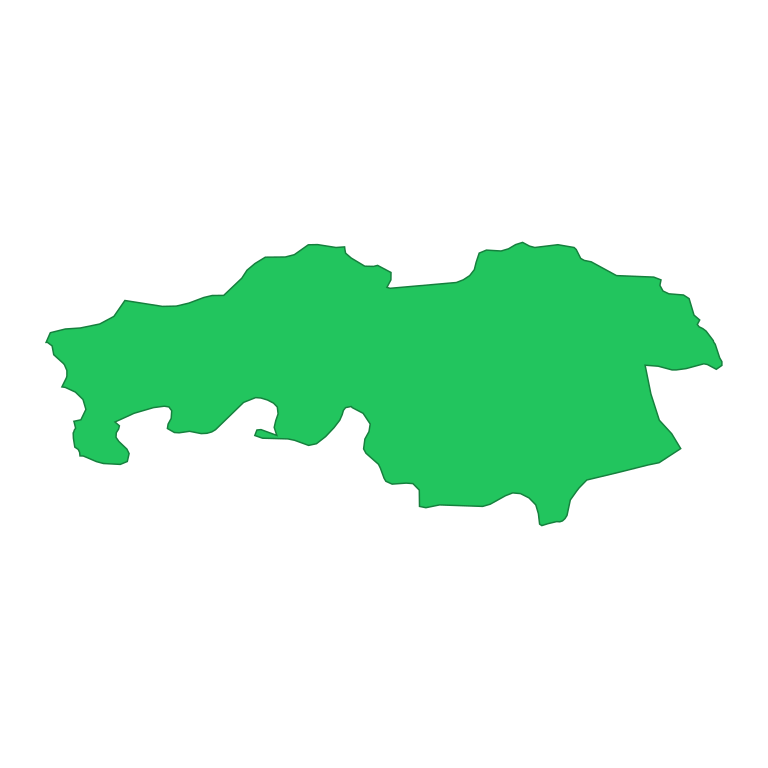 the Province of Noord-Brabant
{"feature_id": "NLD-3483", "entity_name": "Noord-Brabant", "entity_type": "Province", "adm_level": 1, "iso_a3": "NLD", "parent_name": "Netherlands", "parent_adm1": "", "projection": "robinson", "projection_center": [5.036, 51.526], "detail": "fine", "context": "isolated", "style": "filled", "palette": "green", "viewbox_px": 768, "rotation_deg": 0, "n_neighbors": 0, "source": "natural_earth", "source_scale": "10m", "svg_char_len": 2616}
<svg xmlns="http://www.w3.org/2000/svg" viewBox="0 0 768 768"><path d="M276.8,435.4L274.2,427.4L275.8,420.5L278.1,413.9L277.3,407.0L273.5,403.1L267.5,400.0L260.9,398.0L255.6,397.6L243.6,402.4L215.5,429.7L211.8,431.9L206.9,433.3L201.2,433.6L189.6,431.3L179.2,432.8L174.4,432.5L167.4,428.5L168.1,424.1L171.2,418.4L171.7,410.7L168.9,406.9L164.3,406.2L153.5,407.6L134.0,413.3L115.0,422.0L119.4,425.8L118.6,429.1L116.3,432.7L116.0,437.3L118.8,441.4L126.9,449.1L129.1,453.6L127.3,461.5L120.3,464.4L103.4,463.5L96.4,461.6L83.3,456.0L80.0,455.9L80.0,455.7L79.6,452.3L78.2,449.4L74.8,447.1L73.4,438.2L73.2,433.0L73.9,431.6L74.3,430.1L75.6,428.2L74.0,421.5L73.9,421.3L80.9,419.8L85.9,409.4L83.0,399.5L75.4,392.1L65.3,387.4L61.9,386.9L66.4,377.8L66.9,376.0L66.9,370.5L64.4,364.7L63.3,363.4L53.8,354.8L53.5,354.4L53.7,354.5L52.1,345.9L47.5,342.4L46.1,342.4L50.2,333.0L50.4,332.7L65.3,329.0L80.2,328.0L99.7,324.0L113.9,316.4L124.9,300.5L162.4,306.4L176.3,306.1L188.9,303.1L203.8,297.5L212.2,295.5L223.7,295.4L241.8,278.2L247.0,270.2L255.0,263.5L265.3,257.2L285.3,257.0L294.3,254.7L308.3,244.8L317.6,244.6L336.0,247.5L344.6,246.9L344.9,249.5L345.6,253.2L351.3,258.1L364.8,266.2L373.6,266.4L377.6,265.4L391.0,272.5L390.9,279.9L386.9,287.4L390.1,288.3L456.4,282.5L463.3,279.8L469.7,275.6L474.3,269.7L476.2,262.1L479.2,253.1L486.4,250.1L501.1,251.0L508.5,248.8L515.6,244.6L522.6,242.4L529.5,246.1L534.8,247.5L557.9,244.7L574.1,247.5L576.2,249.5L580.7,258.4L584.2,260.4L591.2,261.8L616.5,275.6L653.8,277.1L661.0,279.9L659.9,285.4L663.0,291.0L668.8,293.8L683.5,295.0L689.1,298.6L694.0,315.1L699.7,320.0L697.3,324.5L699.1,326.8L702.8,328.6L706.1,331.1L713.3,340.6L713.7,342.2L715.2,344.2L719.7,357.9L721.9,361.7L721.9,365.4L716.3,369.3L707.4,364.5L703.8,363.8L686.1,368.6L676.3,369.9L672.0,369.9L658.2,366.2L645.1,365.2L650.9,394.0L659.3,420.2L671.7,433.7L680.7,448.6L667.5,457.2L659.1,462.7L647.9,465.0L622.1,471.5L586.8,480.0L579.1,487.9L576.7,491.0L570.3,500.0L567.0,515.4L565.0,518.6L562.5,520.9L559.8,521.8L556.6,521.6L547.9,523.7L541.8,525.6L539.6,524.1L538.4,513.7L535.8,504.9L529.0,497.9L520.5,493.6L512.7,492.9L505.5,495.7L490.2,504.2L482.7,506.4L439.6,504.9L428.3,507.2L425.9,507.7L419.5,506.4L419.3,490.1L412.9,483.6L406.2,483.1L392.1,484.1L385.9,481.3L384.1,478.3L380.4,468.2L378.5,464.3L366.0,453.3L363.6,448.9L364.9,439.0L369.0,431.6L370.2,424.0L363.1,413.3L352.2,407.6L351.2,406.5L345.6,407.6L343.4,410.4L342.2,414.6L339.7,420.3L334.0,427.7L325.6,436.6L316.5,443.7L308.6,445.4L294.6,440.3L287.9,438.9L262.5,438.2L254.8,435.5L256.9,430.0L261.0,429.6L276.8,435.4Z" fill="#22c55e" stroke="#15803d" stroke-width="1.5"/></svg>